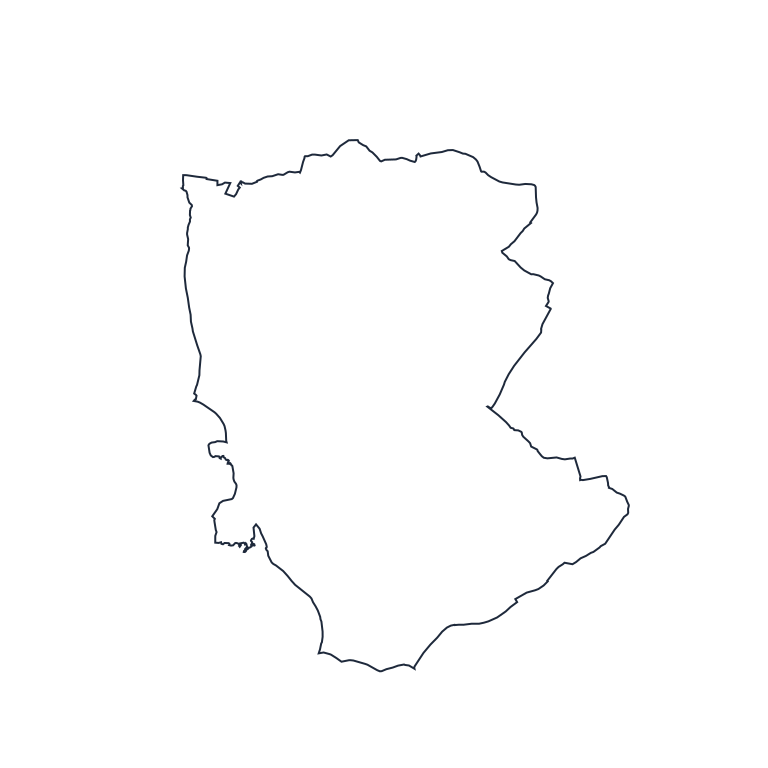 the district of Suatu, Cluj, Romania, rotated 336°
{"feature_id": "2599482B22799076285957", "entity_name": "Suatu", "entity_type": "district", "adm_level": 2, "iso_a3": "ROU", "parent_name": "Romania", "parent_adm1": "Cluj", "projection": "albers", "projection_center": [23.957, 46.756], "detail": "fine", "context": "isolated", "style": "outline", "palette": "slate", "viewbox_px": 768, "rotation_deg": 336, "n_neighbors": 0, "source": "geoboundaries", "source_scale": "gbopen_adm2", "svg_char_len": 6166}
<svg xmlns="http://www.w3.org/2000/svg" viewBox="0 0 768 768"><g transform="rotate(336 384 384)"><path d="M492.7,495.4L489.8,488.8L489.5,486.7L490.1,484.4L490.0,483.6L487.8,481.0L484.4,479.2L484.2,478.9L484.2,477.6L484.1,477.3L481.9,475.5L481.4,472.8L480.0,468.5L475.7,458.9L469.2,446.7L469.7,446.7L471.0,448.7L471.9,449.5L472.5,449.6L474.0,448.9L477.3,446.9L485.5,440.6L493.4,433.3L495.2,431.2L501.9,425.8L510.3,420.3L525.3,412.3L541.5,404.8L548.4,400.9L549.8,398.3L549.8,397.7L553.1,393.8L566.9,383.2L566.9,382.8L563.7,378.6L567.7,376.0L568.1,375.4L568.6,371.9L569.9,369.9L571.3,368.5L574.8,364.1L579.4,360.6L578.3,358.0L577.1,356.4L573.5,353.7L570.9,349.5L569.5,347.8L565.2,344.5L563.1,343.6L558.3,337.3L556.2,333.1L553.4,324.8L550.0,322.3L548.7,320.7L548.1,317.4L545.5,312.2L545.7,310.4L553.9,309.4L556.8,307.9L561.3,306.6L570.2,301.7L572.9,300.7L575.4,299.0L583.8,296.7L583.4,295.8L591.9,291.0L593.5,289.7L594.7,288.1L595.9,285.7L597.2,280.2L598.8,275.3L602.7,265.7L602.6,264.3L602.1,263.3L599.9,261.5L594.4,258.7L588.6,257.0L585.6,255.4L574.3,248.1L571.7,245.9L566.0,238.6L564.1,235.6L562.8,232.1L562.2,231.3L561.7,230.7L559.4,229.7L559.2,229.2L559.7,224.3L559.9,218.8L559.3,216.3L557.7,213.0L552.0,206.8L549.8,205.6L547.3,203.0L542.1,198.3L537.4,196.4L531.2,195.6L520.5,192.4L509.9,191.0L509.9,189.7L509.3,187.6L506.4,188.6L506.2,189.6L504.7,192.0L503.7,193.1L502.4,193.7L498.7,190.6L496.2,187.8L492.6,184.8L491.1,184.2L486.3,183.7L476.0,179.5L472.0,179.5L471.1,178.6L469.8,173.5L467.6,167.7L465.7,165.0L464.4,159.7L462.1,157.3L459.2,153.0L459.2,150.5L450.9,147.0L440.7,148.8L430.1,154.1L427.8,154.5L425.0,151.0L419.8,149.8L414.3,146.4L411.7,145.2L407.1,144.9L404.5,143.8L403.7,144.3L403.3,145.2L400.4,148.2L395.1,154.9L393.2,156.7L392.8,155.7L388.7,154.5L384.0,151.6L382.1,151.4L377.3,152.0L376.2,151.6L372.6,149.3L366.4,148.7L362.1,147.1L357.9,146.7L354.6,147.0L351.2,146.8L350.4,147.0L350.2,147.6L344.8,147.4L338.6,144.4L337.2,142.5L336.6,142.3L336.1,140.9L335.5,140.6L335.0,141.3L334.8,142.3L334.4,141.3L331.0,143.5L332.1,145.9L330.0,147.0L326.1,150.4L323.2,151.8L316.5,145.6L325.3,137.9L320.6,135.3L317.3,135.7L312.7,134.6L314.5,130.6L305.3,124.6L305.7,123.9L305.3,123.2L297.5,118.6L288.5,112.9L285.5,111.5L283.3,116.0L281.5,120.9L280.8,121.3L280.0,123.2L278.9,123.0L280.2,125.8L281.5,126.9L281.8,128.0L281.3,131.5L280.4,133.6L279.9,139.1L281.2,142.3L280.9,143.5L278.5,145.1L277.8,146.4L277.4,146.6L275.4,150.7L275.1,153.4L273.7,154.6L272.8,156.7L270.2,159.1L268.4,161.3L267.8,162.7L265.5,166.0L264.9,167.4L264.0,172.0L261.1,177.5L261.3,180.1L261.0,181.0L259.9,182.8L256.4,186.4L253.0,191.8L249.3,196.8L245.6,204.6L241.9,216.1L239.8,225.5L237.1,234.9L235.5,242.1L233.0,248.5L231.6,255.4L230.8,258.2L229.1,272.7L228.3,282.2L227.9,284.1L221.0,296.5L218.9,300.9L212.8,308.8L211.5,309.9L206.7,315.5L207.7,317.3L208.0,318.4L205.9,321.4L204.9,321.3L203.3,322.1L206.5,324.3L208.2,326.0L210.6,329.3L217.7,340.9L218.6,342.9L220.3,348.3L221.2,355.2L221.2,357.6L220.3,362.1L219.6,364.5L216.7,371.8L216.5,373.3L213.7,371.1L208.4,368.4L206.1,368.4L202.7,367.4L201.0,367.5L199.8,367.8L198.7,368.6L196.7,375.9L196.7,378.8L198.0,381.2L199.6,381.6L200.6,381.3L203.6,382.9L204.0,383.3L203.7,384.8L204.5,385.8L205.0,384.8L207.2,384.1L208.0,384.4L207.7,385.6L208.7,387.2L208.7,388.7L209.7,389.8L210.4,389.7L210.8,390.2L210.9,390.5L210.3,390.5L210.5,391.6L209.1,392.6L208.7,393.2L209.6,393.6L211.2,393.6L211.4,394.1L210.8,394.5L211.6,395.4L211.6,396.3L212.0,396.7L212.1,397.2L210.3,404.4L208.2,408.5L207.8,410.0L207.6,412.2L208.2,415.0L208.1,416.5L207.2,418.4L203.1,423.7L199.6,426.8L198.1,427.2L189.4,425.3L185.1,426.0L180.8,430.5L173.3,435.0L174.6,438.4L173.6,439.3L173.1,440.9L171.0,448.8L170.8,451.2L168.1,454.1L165.3,460.3L168.2,461.9L170.8,462.3L170.5,463.9L171.7,464.9L173.7,464.4L177.3,466.2L177.8,467.0L177.6,467.8L177.0,468.2L178.5,469.4L180.5,470.0L183.4,468.8L184.2,469.0L185.6,470.1L186.7,472.0L186.3,472.4L186.7,472.5L185.9,473.6L186.0,474.0L187.8,472.9L187.7,472.3L187.0,471.2L187.3,471.0L191.3,471.9L191.8,472.7L191.8,473.8L192.9,473.2L193.2,474.3L192.8,476.0L192.9,477.0L189.8,478.4L190.0,479.8L189.2,480.1L188.1,479.7L187.6,480.4L188.5,480.9L189.7,480.6L191.3,479.3L192.6,479.3L193.2,478.7L195.3,478.8L196.9,478.5L197.1,476.9L197.6,476.5L198.0,476.6L198.1,477.8L199.0,477.4L199.6,478.8L200.1,478.8L200.3,477.6L199.8,477.0L199.2,476.9L199.0,476.2L198.5,475.9L199.2,474.8L198.7,473.4L198.8,472.8L200.3,471.8L201.4,471.8L202.0,472.4L203.7,470.3L206.4,462.1L210.0,460.2L211.5,465.6L211.0,470.5L211.2,473.8L211.2,482.5L210.7,484.9L210.2,485.7L209.4,485.8L209.1,486.3L209.1,487.7L209.7,489.5L208.4,493.8L208.8,501.3L209.7,503.4L211.5,505.8L215.8,513.8L217.9,520.2L219.5,526.4L221.1,531.3L229.8,548.1L230.5,550.4L230.4,554.5L231.1,559.4L231.4,564.1L231.0,570.7L230.3,573.1L230.2,575.6L227.2,585.2L225.1,590.0L222.2,594.7L221.1,595.5L217.6,600.4L214.8,603.5L219.6,604.7L224.5,608.7L225.5,609.7L229.1,615.1L232.2,620.4L239.7,622.1L240.9,622.6L243.5,624.1L252.9,632.0L254.7,633.7L261.4,642.7L263.4,644.8L265.1,645.4L270.2,645.5L276.6,646.6L282.3,647.0L288.2,648.4L288.9,649.2L292.3,651.3L296.0,656.5L296.2,655.5L297.0,654.5L310.7,645.7L320.5,640.9L329.4,637.4L336.4,633.9L342.4,632.1L346.8,631.9L350.5,632.7L350.5,633.0L354.6,634.4L358.5,636.2L366.7,638.7L373.4,641.7L378.2,642.7L382.8,643.3L392.3,643.3L402.7,641.3L408.8,639.2L416.9,637.4L416.5,633.9L429.5,632.6L438.1,633.9L441.6,634.1L447.9,633.0L453.3,630.9L453.1,630.2L466.2,623.2L469.1,622.1L474.0,621.4L476.2,620.7L482.9,625.3L487.0,624.8L492.7,623.2L498.5,623.2L504.3,622.4L507.0,622.6L514.5,621.0L516.0,620.3L521.1,619.9L535.6,610.8L541.2,608.1L549.2,603.0L553.4,602.1L554.7,601.0L556.1,597.4L558.1,594.9L558.4,594.0L558.3,590.3L558.6,585.3L558.4,584.5L557.7,583.4L554.9,580.1L552.5,577.9L549.8,572.7L547.2,570.3L547.6,569.6L547.5,567.9L548.4,565.5L549.6,559.8L549.4,558.4L546.0,557.0L533.9,554.6L526.6,552.7L525.2,551.8L524.1,551.6L524.8,549.8L525.9,548.4L528.3,528.9L526.0,528.8L523.7,527.8L518.6,526.4L516.0,524.8L511.8,521.3L503.1,518.4L500.0,516.4L498.8,514.2L498.0,511.3L497.1,507.8L497.3,506.9L497.1,506.0L493.0,501.0L493.4,497.5L492.7,495.4Z" fill="none" stroke="#1e293b" stroke-width="2"/></g></svg>